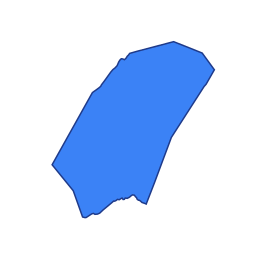 Caraúbas, Rio Grande do Norte, Brazil, rotated 26°
{"feature_id": "56859067B59174850425629", "entity_name": "Caraúbas", "entity_type": "district", "adm_level": 2, "iso_a3": "BRA", "parent_name": "Brazil", "parent_adm1": "Rio Grande do Norte", "projection": "equal_earth", "projection_center": [-37.578, -5.774], "detail": "fine", "context": "isolated", "style": "filled", "palette": "blue", "viewbox_px": 256, "rotation_deg": 26, "n_neighbors": 0, "source": "geoboundaries", "source_scale": "gbopen_adm2", "svg_char_len": 976}
<svg xmlns="http://www.w3.org/2000/svg" viewBox="0 0 256 256"><g transform="rotate(26 128 128)"><path d="M75.9,194.3L106.3,208.4L126.2,227.9L128.7,227.4L129.7,226.7L133.1,221.0L134.4,219.9L136.1,220.1L138.4,218.7L139.9,216.9L141.6,212.4L146.2,202.2L147.1,200.0L148.1,199.6L149.0,198.5L149.8,196.8L151.6,196.3L152.5,194.7L153.4,193.6L155.0,194.4L156.0,193.7L156.2,192.2L158.2,191.5L159.7,189.5L160.6,187.4L161.4,186.1L163.3,185.6L164.6,186.4L166.2,186.9L167.6,188.1L169.0,188.3L170.1,188.0L171.6,188.3L173.2,188.8L174.8,188.6L176.4,188.4L177.7,188.4L175.7,164.7L173.5,142.3L171.1,117.4L178.2,57.3L179.0,54.5L179.3,49.9L180.1,37.8L161.8,28.1L131.2,30.4L129.3,32.0L102.6,55.0L96.8,60.2L96.4,62.4L95.9,63.7L95.6,66.3L94.8,68.2L93.1,68.2L91.6,68.7L91.0,70.3L90.7,72.6L90.9,76.7L90.0,79.7L88.8,82.2L88.0,85.3L86.1,96.4L85.2,100.8L85.2,102.5L84.3,104.6L82.8,107.5L80.5,111.7L79.6,127.6L78.7,143.9L77.2,170.8L75.9,194.3Z" fill="#3b82f6" stroke="#1e3a8a" stroke-width="1.5"/></g></svg>